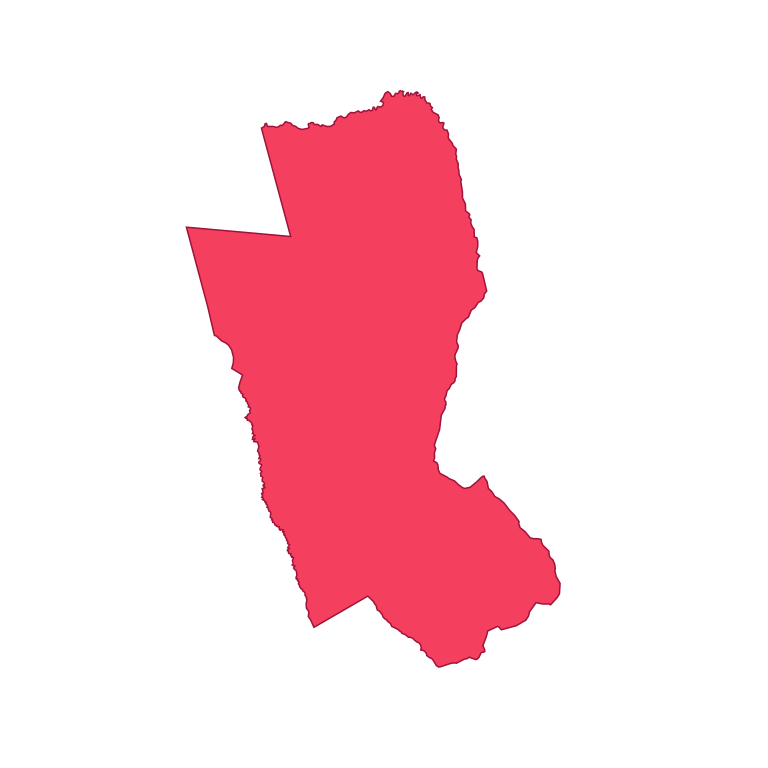 the district of El Carmen, Jujuy, Argentina, rotated 240°
{"feature_id": "61730980B76568954927707", "entity_name": "El Carmen", "entity_type": "district", "adm_level": 2, "iso_a3": "ARG", "parent_name": "Argentina", "parent_adm1": "Jujuy", "projection": "robinson", "projection_center": [-65.18, -24.455], "detail": "fine", "context": "isolated", "style": "filled", "palette": "rose", "viewbox_px": 768, "rotation_deg": 240, "n_neighbors": 0, "source": "geoboundaries", "source_scale": "gbopen_adm2", "svg_char_len": 6168}
<svg xmlns="http://www.w3.org/2000/svg" viewBox="0 0 768 768"><g transform="rotate(240 384 384)"><path d="M351.3,225.4L350.0,224.5L350.5,223.7L350.2,223.1L348.1,223.1L346.9,221.4L346.2,222.3L344.9,222.2L344.7,221.0L342.6,222.3L341.2,221.9L340.4,222.8L339.9,222.0L338.7,221.8L337.0,222.5L335.7,221.0L335.1,221.7L331.6,220.8L330.8,221.5L328.9,221.5L325.5,218.8L323.3,219.8L322.5,218.7L321.7,219.4L319.9,218.4L318.9,219.4L315.8,219.2L315.2,220.2L314.5,219.9L313.1,220.9L312.8,221.9L310.8,220.7L309.3,220.9L309.1,221.5L309.6,221.9L308.3,223.6L306.7,222.4L306.7,223.3L306.1,223.7L304.2,222.1L303.4,222.7L303.0,222.0L302.1,222.6L300.6,221.9L298.4,222.3L297.5,221.4L295.7,222.0L294.5,220.9L293.3,221.0L292.2,222.0L290.4,218.8L288.9,219.8L288.7,217.5L287.9,217.0L287.3,217.7L285.3,216.8L284.5,217.0L283.6,218.5L282.7,217.7L280.1,217.4L279.6,217.9L279.9,218.4L279.3,218.7L278.2,218.3L277.0,216.4L274.2,215.7L272.9,214.8L273.1,214.1L271.6,214.7L270.9,215.8L269.8,213.7L268.2,213.8L266.4,214.6L265.0,214.2L261.9,213.0L260.9,211.5L259.5,210.6L258.9,210.6L259.0,211.4L257.9,211.7L256.9,210.8L254.9,211.3L253.7,209.9L252.8,210.3L250.4,209.6L248.0,209.8L246.9,210.7L245.5,210.1L244.6,210.8L242.6,211.0L241.0,210.5L240.7,210.0L238.4,210.1L235.4,209.1L232.7,206.7L228.7,204.7L224.4,205.1L220.5,202.2L216.6,202.5L208.3,201.7L208.4,263.9L200.6,266.2L198.6,265.9L196.3,266.4L191.6,265.2L189.5,266.5L184.8,267.1L182.4,266.7L180.2,267.3L178.6,268.3L177.1,268.3L173.3,269.8L170.3,269.5L164.1,273.6L162.6,273.8L161.1,274.8L159.1,274.8L156.5,277.1L152.5,278.5L151.1,280.5L149.4,281.8L146.7,282.4L143.7,283.7L143.0,284.6L140.4,285.2L139.0,285.0L136.7,284.3L135.8,283.2L134.9,282.9L134.6,283.9L132.2,285.6L129.1,286.0L127.5,285.2L123.7,286.9L122.8,287.9L120.1,288.5L114.1,288.5L111.7,289.7L111.0,291.0L108.5,302.9L106.9,306.1L106.0,307.0L105.5,316.3L104.6,318.6L104.8,321.2L99.4,325.7L99.1,327.0L99.8,329.6L102.7,333.7L102.6,335.1L101.9,336.0L102.0,337.5L103.3,338.3L107.9,338.8L114.2,346.5L118.2,350.3L117.3,361.0L116.4,361.9L112.5,362.7L108.5,377.8L108.6,388.9L110.9,393.3L113.9,396.0L118.6,406.4L114.2,411.3L111.1,416.7L109.5,417.9L112.4,427.1L114.6,431.1L123.3,436.8L131.3,436.9L136.9,438.6L138.4,440.0L142.5,441.7L147.4,442.3L150.7,441.1L153.8,441.7L156.7,443.2L165.2,440.9L168.9,441.4L170.8,442.4L172.6,440.5L175.5,435.9L177.7,433.7L185.7,432.3L191.5,430.0L195.6,430.8L197.3,432.2L205.1,431.4L211.4,429.7L220.8,428.5L226.6,426.5L231.2,423.7L236.5,423.6L241.5,422.2L248.0,424.5L252.3,424.2L254.0,424.7L254.7,423.6L254.6,421.9L252.9,415.2L251.5,407.2L253.1,401.8L254.8,400.3L259.6,398.1L264.9,396.6L269.7,392.9L271.3,392.4L278.6,387.8L282.3,388.1L287.2,390.3L289.6,390.3L292.5,388.4L294.7,390.9L299.1,393.2L302.0,396.4L305.9,397.0L316.7,409.3L328.3,418.0L332.5,424.8L334.3,425.9L335.0,427.3L337.8,428.7L338.9,428.4L341.0,429.0L342.5,431.5L346.8,435.4L347.3,438.0L350.1,442.2L350.2,445.0L351.1,446.9L353.5,448.7L354.1,450.2L363.7,456.0L364.8,457.3L367.6,457.5L372.1,458.9L374.1,460.5L378.1,466.2L380.2,467.5L384.0,467.8L389.7,471.9L393.5,477.1L397.9,481.8L399.5,487.7L399.6,490.4L404.3,496.5L404.8,501.1L407.5,506.4L407.3,509.5L408.8,513.6L411.7,515.8L413.1,519.4L430.7,524.7L432.5,524.4L435.3,522.0L437.1,522.0L444.6,526.7L446.3,528.8L447.1,530.9L451.7,529.6L456.0,533.8L461.0,536.7L464.3,537.5L466.1,535.7L473.0,539.4L475.8,539.0L480.0,539.6L482.8,541.6L486.2,540.9L487.6,542.9L489.3,542.9L493.0,541.2L499.2,544.5L505.8,545.0L511.4,548.1L520.9,551.7L522.2,553.2L528.2,553.9L531.8,555.7L534.2,556.3L537.9,558.5L542.3,558.9L545.4,560.9L547.1,561.0L551.2,564.1L556.1,562.9L558.2,563.5L564.0,562.7L565.6,563.0L568.1,564.8L572.3,565.6L573.8,563.4L576.7,563.1L579.9,566.3L580.6,566.2L581.4,565.1L581.7,563.5L583.5,562.6L585.4,563.3L587.2,565.0L590.1,565.4L594.7,562.4L598.2,562.2L599.1,564.1L601.5,563.3L603.9,564.1L605.0,563.2L605.6,561.7L609.5,561.5L612.3,562.8L613.1,561.5L612.6,559.8L613.3,558.8L616.5,559.9L616.8,557.5L617.4,556.5L619.0,557.0L618.9,559.1L620.5,558.5L620.7,556.8L619.9,554.1L620.5,553.3L622.2,552.9L622.4,552.4L621.0,550.5L621.2,549.7L622.1,549.4L623.9,550.7L624.4,550.5L624.6,549.4L622.7,546.1L623.3,545.1L625.2,545.2L626.6,545.8L627.5,547.2L628.4,546.5L628.7,545.3L629.9,544.7L629.9,543.5L628.8,542.7L628.6,541.3L629.9,539.3L628.2,536.3L629.3,534.5L632.4,534.7L635.3,533.5L635.3,530.6L632.2,526.1L630.7,522.4L628.2,524.3L626.1,522.7L625.5,520.9L625.7,519.2L627.3,517.7L626.9,516.1L625.5,514.7L625.7,513.7L628.3,514.0L629.1,513.2L627.0,510.8L627.0,509.2L629.0,508.2L629.1,504.7L630.7,503.5L630.5,500.3L631.3,499.1L633.4,498.2L633.7,493.8L635.8,490.9L635.3,487.7L633.9,485.0L634.5,482.4L637.6,480.6L638.1,476.4L636.8,475.0L635.7,471.7L634.0,471.0L633.9,466.3L635.8,463.0L639.3,460.1L638.5,458.2L642.0,456.4L643.6,453.4L645.7,453.4L646.9,451.6L646.5,450.3L647.3,448.9L646.1,447.9L643.6,447.5L643.6,445.4L645.5,440.2L648.3,437.5L651.5,436.2L653.6,434.1L656.2,433.8L660.4,429.9L658.7,425.2L659.9,423.7L659.5,420.7L660.3,418.9L662.5,416.8L665.3,411.9L668.4,412.5L668.9,411.3L666.8,409.0L666.9,405.8L558.4,376.9L618.6,291.3L538.8,269.9L510.8,261.4L509.3,262.9L502.8,264.8L498.4,267.6L495.5,268.8L489.9,269.1L482.2,267.0L477.6,264.0L473.6,259.9L462.5,266.0L457.5,260.1L453.4,256.2L450.4,255.4L449.1,256.2L447.8,255.6L445.5,256.7L444.7,255.7L443.2,255.4L441.0,256.8L439.4,256.7L438.5,255.9L436.4,256.7L435.3,256.0L433.2,256.4L432.2,255.0L430.4,256.3L429.6,256.2L427.9,254.0L426.3,254.1L425.9,253.6L425.6,250.7L424.7,249.7L424.4,246.9L423.3,247.3L422.6,248.4L421.1,247.5L419.8,248.9L416.1,250.0L414.7,249.1L413.4,249.6L411.1,247.1L408.1,246.9L406.9,245.2L406.0,246.1L404.7,245.7L404.0,246.3L404.0,244.3L401.8,242.3L401.1,243.2L401.1,244.7L399.3,242.4L396.8,245.4L392.4,244.4L389.0,240.9L387.0,241.4L385.3,240.4L383.8,240.7L382.0,238.3L381.2,239.6L380.5,239.6L379.6,238.9L379.2,236.8L378.4,236.2L377.4,236.2L375.8,237.5L374.8,237.4L372.6,234.2L371.4,233.8L369.3,234.4L368.3,232.2L367.2,232.3L365.9,231.2L364.9,232.0L363.6,232.2L362.1,230.7L360.5,229.9L360.0,230.4L357.9,230.9L356.9,230.0L357.1,229.0L356.5,228.5L355.8,228.6L355.7,229.3L354.8,228.6L353.8,229.0L354.0,227.9L353.7,227.5L354.3,226.7L354.3,226.1L351.3,225.4Z" fill="#f43f5e" stroke="#9f1239" stroke-width="1.5"/></g></svg>